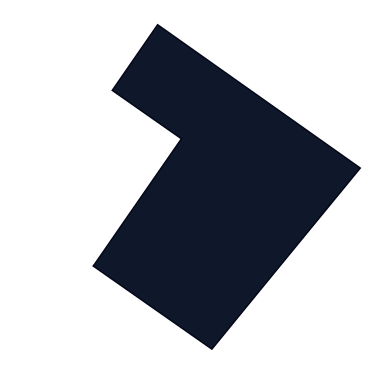 Gastre, Chubut, Argentina (Natural Earth projection), rotated 215°
{"feature_id": "61730980B58028591073526", "entity_name": "Gastre", "entity_type": "district", "adm_level": 2, "iso_a3": "ARG", "parent_name": "Argentina", "parent_adm1": "Chubut", "projection": "natural_earth1", "projection_center": [-68.969, -42.669], "detail": "fine", "context": "isolated", "style": "filled", "palette": "ink", "viewbox_px": 384, "rotation_deg": 215, "n_neighbors": 0, "source": "geoboundaries", "source_scale": "gbopen_adm2", "svg_char_len": 411}
<svg xmlns="http://www.w3.org/2000/svg" viewBox="0 0 384 384"><g transform="rotate(215 192 192)"><path d="M316.1,309.3L315.6,229.5L231.2,229.5L230.7,127.9L230.5,96.2L230.4,75.6L230.5,75.6L230.5,74.7L98.5,74.7L96.0,74.7L91.0,74.7L89.7,74.7L85.6,74.7L85.5,75.8L84.6,88.0L82.7,113.7L79.9,151.2L75.1,214.4L74.5,222.3L74.4,223.6L67.9,308.1L316.1,309.3Z" fill="#0f172a" stroke="#020617" stroke-width="1.5"/></g></svg>